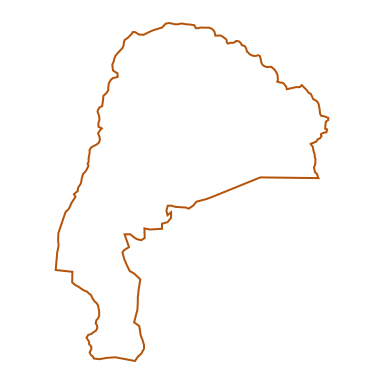 Kinta, Perak, Malaysia (Mercator projection)
{"feature_id": "92858781B39286105969870", "entity_name": "Kinta", "entity_type": "district", "adm_level": 2, "iso_a3": "MYS", "parent_name": "Malaysia", "parent_adm1": "Perak", "projection": "mercator", "projection_center": [101.136, 4.516], "detail": "fine", "context": "isolated", "style": "outline", "palette": "amber", "viewbox_px": 384, "rotation_deg": 0, "n_neighbors": 0, "source": "geoboundaries", "source_scale": "gbopen_adm2", "svg_char_len": 3452}
<svg xmlns="http://www.w3.org/2000/svg" viewBox="0 0 384 384"><path d="M87.6,163.8L88.5,165.6L86.8,169.4L85.8,171.0L84.6,172.4L83.1,173.9L82.5,176.0L81.7,178.5L81.3,181.6L80.7,183.7L79.3,185.9L78.3,187.3L77.8,189.5L77.8,190.9L73.9,194.2L75.5,196.7L72.8,200.9L71.3,203.3L70.3,205.7L69.2,208.1L68.0,209.9L66.1,211.3L65.3,212.7L58.4,233.1L58.1,240.0L58.6,245.7L57.2,252.5L55.7,270.0L72.4,271.8L72.2,282.4L75.2,285.0L78.8,286.9L81.6,289.0L84.4,290.6L87.0,291.6L88.6,293.2L91.0,295.1L92.6,298.4L94.5,301.4L96.6,303.1L98.0,305.4L99.2,311.5L99.2,315.5L98.3,318.1L96.4,320.2L95.7,323.3L97.1,325.6L97.3,327.9L96.1,330.5L94.3,331.7L91.0,334.1L88.4,334.8L86.5,337.6L87.9,339.9L89.1,341.8L89.1,344.1L91.2,346.5L91.4,348.8L90.5,350.7L89.6,352.4L90.7,354.7L92.9,356.6L93.8,358.5L99.2,359.2L107.4,357.8L115.6,357.3L135.0,361.0L135.2,360.7L137.8,356.8L141.4,353.5L144.0,348.7L144.0,345.1L142.5,339.9L140.7,335.5L140.0,330.4L139.2,326.0L134.1,322.3L137.4,309.8L137.8,302.5L137.8,297.4L138.5,291.9L138.5,290.4L139.6,283.8L140.3,279.4L134.1,273.5L129.7,271.0L126.8,265.1L124.2,258.9L122.4,252.3L124.2,250.1L129.0,247.1L124.6,234.3L130.4,234.3L133.4,236.9L136.7,239.1L141.4,240.2L144.7,238.0L144.4,228.4L149.9,229.5L162.0,228.8L162.0,223.7L167.5,222.2L171.1,217.8L171.1,212.3L167.5,215.2L166.4,210.5L167.8,205.7L171.5,205.7L175.2,206.8L180.3,207.2L185.8,207.5L188.7,208.6L193.1,205.7L196.4,201.7L206.3,199.1L211.5,197.2L260.3,177.4L318.4,178.1L318.0,177.3L317.4,175.1L316.5,173.4L315.3,172.7L314.7,170.9L314.3,169.1L314.0,167.4L314.6,165.9L315.2,164.4L315.5,159.3L315.0,157.4L314.7,156.3L314.7,154.5L313.7,151.7L313.2,149.0L312.6,146.3L311.7,145.4L310.6,144.0L311.9,143.2L313.7,142.8L314.9,142.0L315.8,141.9L316.7,141.0L317.7,139.3L320.3,138.1L321.5,136.0L321.0,135.3L321.0,134.2L322.4,133.3L323.9,132.7L325.5,132.4L326.4,132.3L327.1,129.4L325.2,128.7L325.5,124.4L325.9,121.6L328.3,120.0L328.3,117.9L324.8,116.5L321.2,115.8L320.1,113.9L319.6,109.2L318.7,104.3L317.5,101.9L315.6,100.3L313.3,99.3L312.1,96.5L310.7,93.7L308.8,93.0L306.5,89.9L301.8,85.1L299.8,87.1L296.2,87.1L286.9,89.2L286.2,86.8L283.8,83.6L282.4,82.7L280.2,82.6L277.3,81.7L277.9,80.3L277.7,76.5L277.0,73.5L275.3,70.7L274.0,69.0L272.6,68.1L271.6,66.9L269.5,66.9L266.9,67.1L264.4,66.2L262.4,64.7L261.2,62.1L260.6,58.7L259.9,56.0L258.1,55.2L255.7,56.0L252.7,55.7L250.0,54.5L248.9,53.3L246.8,51.3L246.5,49.4L245.2,46.5L243.5,45.6L241.8,45.2L240.9,43.2L239.0,41.4L236.1,40.9L234.5,42.4L232.5,42.9L230.9,42.7L228.0,43.6L226.7,42.3L226.8,40.3L225.5,38.8L224.0,37.6L222.3,36.4L220.7,35.5L219.3,35.5L215.4,35.7L214.4,31.5L212.3,29.1L209.3,27.7L205.1,27.7L200.6,27.5L198.2,28.2L195.9,28.2L194.3,25.2L191.2,24.7L185.8,24.2L181.6,23.5L178.1,24.2L175.7,24.4L169.1,23.0L165.6,23.7L162.1,27.5L159.7,28.2L157.6,28.9L155.3,29.6L151.8,30.8L149.2,32.0L146.4,33.4L143.6,34.8L138.9,34.5L135.3,32.2L132.8,32.0L131.6,34.1L129.7,35.9L128.3,37.4L124.5,40.2L123.8,43.0L123.6,45.3L122.4,48.2L120.3,50.3L117.7,53.1L115.4,55.9L114.2,59.0L113.7,61.5L112.3,64.6L112.6,67.4L113.0,70.5L115.4,72.1L117.5,73.3L117.7,76.8L115.6,77.5L112.6,78.2L110.5,80.3L108.8,83.4L108.3,87.4L108.3,90.2L106.5,93.0L103.4,95.8L103.2,98.6L102.2,106.1L99.7,107.3L98.3,109.2L97.5,111.5L98.3,113.9L99.2,116.2L99.4,119.7L98.3,123.7L98.5,126.8L101.8,128.4L100.6,129.6L99.7,130.8L98.0,133.4L99.4,136.4L99.9,139.7L99.0,142.5L96.6,144.6L94.0,145.8L91.2,147.4L89.6,150.0L89.6,153.1L88.6,158.0L88.6,161.8L87.6,163.8Z" fill="none" stroke="#b45309" stroke-width="2"/></svg>